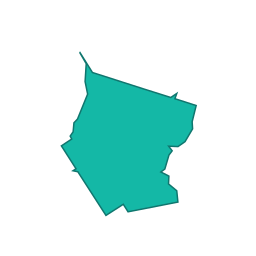 Crawford, Georgia, United States of America (Robinson projection), rotated 237°
{"feature_id": "52423323B69984552276574", "entity_name": "Crawford", "entity_type": "district", "adm_level": 2, "iso_a3": "USA", "parent_name": "United States of America", "parent_adm1": "Georgia", "projection": "robinson", "projection_center": [-83.966, 32.694], "detail": "fine", "context": "isolated", "style": "filled", "palette": "teal", "viewbox_px": 256, "rotation_deg": 237, "n_neighbors": 0, "source": "geoboundaries", "source_scale": "gbopen_adm2", "svg_char_len": 598}
<svg xmlns="http://www.w3.org/2000/svg" viewBox="0 0 256 256"><g transform="rotate(237 128 128)"><path d="M217.2,128.6L204.7,128.0L190.3,117.3L178.4,112.6L163.0,90.5L161.8,85.5L154.7,79.9L152.7,75.1L149.4,74.8L149.3,62.4L134.0,62.3L122.1,62.2L122.1,58.6L118.6,62.1L66.7,61.9L66.6,82.5L57.7,82.4L38.7,129.5L48.8,134.7L59.0,131.5L65.4,136.1L73.2,131.6L73.5,136.5L83.0,147.6L84.8,152.6L90.6,152.2L85.2,159.8L85.5,168.4L92.1,181.7L98.3,185.2L109.7,197.4L127.0,183.3L130.4,187.7L130.3,180.5L152.6,162.1L193.9,128.4L217.3,128.8L217.2,128.6Z" fill="#14b8a6" stroke="#0f766e" stroke-width="1.5"/></g></svg>